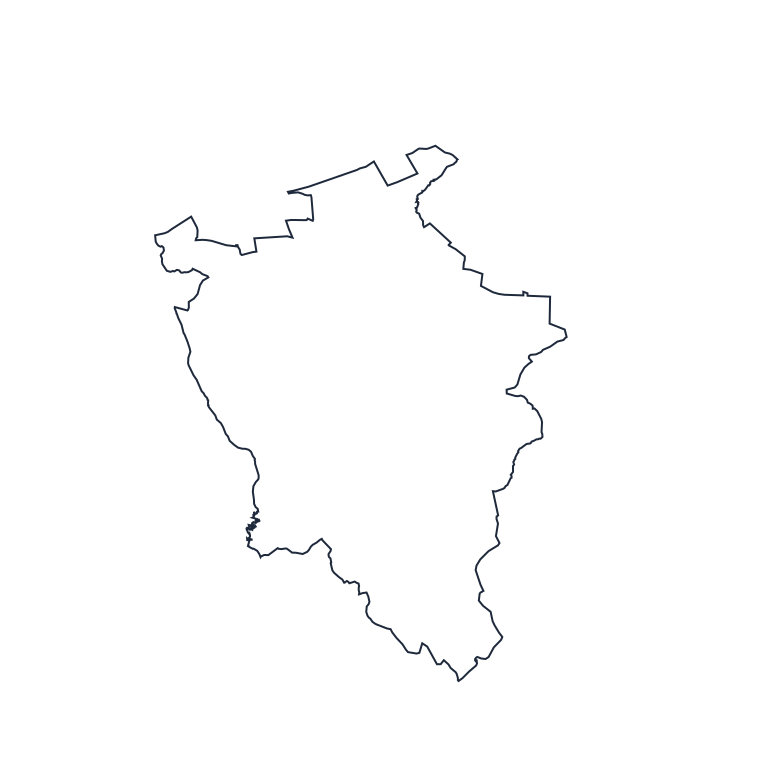 the district of Vintu De Jos, Alba, Romania, rotated 225°
{"feature_id": "2599482B17815307797793", "entity_name": "Vintu De Jos", "entity_type": "district", "adm_level": 2, "iso_a3": "ROU", "parent_name": "Romania", "parent_adm1": "Alba", "projection": "natural_earth1", "projection_center": [23.464, 46.01], "detail": "fine", "context": "isolated", "style": "outline", "palette": "slate", "viewbox_px": 768, "rotation_deg": 225, "n_neighbors": 0, "source": "geoboundaries", "source_scale": "gbopen_adm2", "svg_char_len": 6166}
<svg xmlns="http://www.w3.org/2000/svg" viewBox="0 0 768 768"><g transform="rotate(225 384 384)"><path d="M346.7,549.6L350.7,547.7L348.1,545.2L362.0,532.2L366.6,528.8L371.9,525.9L384.8,521.9L392.2,531.4L403.7,525.9L409.3,521.5L413.5,526.5L414.3,528.4L417.1,531.4L428.7,530.0L436.3,527.8L436.6,528.0L436.7,531.2L465.1,530.0L466.6,523.2L468.7,524.0L471.6,526.8L475.8,527.4L479.6,529.3L482.1,528.3L483.2,528.7L483.4,529.5L484.8,530.8L485.4,530.5L486.1,530.8L485.5,532.2L486.9,535.4L487.5,535.5L487.9,536.6L488.5,536.8L489.2,536.6L489.9,535.6L490.3,537.0L491.6,537.9L491.0,538.8L492.9,539.9L493.6,541.0L493.6,542.5L492.4,546.4L493.4,547.6L492.6,548.0L492.3,550.5L493.2,555.9L492.4,556.5L492.8,558.2L493.8,558.9L494.0,560.8L492.3,562.9L492.2,563.5L493.2,563.7L491.7,565.8L490.9,572.3L493.1,581.9L490.1,588.8L490.3,590.4L490.0,591.8L490.3,593.1L491.1,594.1L490.9,594.8L497.5,594.4L500.4,593.4L504.6,590.8L516.1,588.8L519.0,582.2L520.2,580.2L525.5,575.5L526.0,574.2L527.3,567.3L530.0,561.9L509.2,556.5L517.4,536.0L521.7,526.9L548.5,534.2L550.4,524.8L553.5,519.4L554.5,516.2L576.7,470.4L584.5,456.9L587.8,452.0L586.0,451.4L584.5,453.7L580.3,458.7L576.2,460.9L573.8,461.7L571.3,463.4L569.3,465.8L567.3,464.7L550.4,450.3L549.8,449.0L554.9,447.0L554.6,445.2L554.9,444.8L565.6,434.4L568.8,430.2L560.6,426.2L552.2,422.8L556.9,420.0L578.7,395.3L567.8,387.4L570.1,384.4L575.8,374.6L577.6,374.6L581.1,377.0L584.2,377.7L585.8,378.6L586.6,377.7L585.5,377.1L593.8,370.5L607.2,363.3L611.2,360.3L614.2,357.7L618.8,352.5L619.9,354.3L619.9,355.8L624.4,360.8L627.0,362.4L638.7,366.0L643.6,343.6L644.4,338.7L645.8,335.4L651.0,327.3L646.0,323.2L643.6,322.5L641.4,322.3L639.1,323.1L638.6,324.4L636.5,324.6L633.9,322.7L633.1,319.7L633.4,318.8L632.8,317.0L629.5,315.7L627.8,313.7L625.3,312.0L617.6,310.5L614.4,312.2L613.1,314.7L611.8,315.4L611.2,318.2L609.2,319.5L606.6,319.2L605.4,319.9L604.2,321.9L602.6,323.3L601.4,325.0L600.3,328.6L600.8,330.2L593.0,333.0L590.2,333.2L585.1,335.5L583.6,335.2L585.2,329.1L584.0,323.8L579.4,315.8L578.8,310.0L580.1,304.0L576.1,300.1L575.0,297.9L575.0,297.0L586.3,290.5L585.6,289.6L581.5,287.8L580.5,287.0L580.0,287.1L576.2,285.2L569.2,282.8L561.5,278.2L560.3,278.1L553.4,275.2L547.0,272.0L543.7,269.9L541.0,264.4L537.4,260.3L535.4,259.1L524.9,255.5L519.4,254.5L507.9,250.0L504.7,249.9L502.5,249.1L499.0,249.0L497.6,248.0L496.8,248.2L494.4,245.4L493.0,244.9L493.1,244.4L491.4,243.8L481.1,242.5L477.0,240.6L471.8,241.0L467.4,239.8L460.6,236.8L457.3,236.6L452.9,234.7L447.0,235.0L442.2,235.8L438.5,238.0L436.0,240.3L433.2,241.8L430.2,242.1L425.7,240.3L422.3,239.8L421.7,238.7L420.3,238.0L418.7,236.4L408.2,230.9L406.2,228.9L405.5,227.7L405.3,223.8L404.0,219.3L400.7,215.2L394.0,210.1L391.1,207.4L387.7,206.2L385.0,206.4L382.7,204.8L383.5,203.9L383.4,203.4L382.7,203.1L382.4,203.5L382.6,202.2L383.1,202.2L383.3,201.4L383.1,200.5L385.7,201.7L384.0,200.4L384.0,199.6L383.2,198.9L383.4,198.7L382.0,197.9L382.6,196.4L379.4,198.1L378.9,197.7L378.2,198.7L377.8,198.5L376.6,199.6L375.3,199.1L375.4,198.6L376.3,198.9L377.6,197.3L377.4,196.3L376.3,196.9L376.2,195.8L375.6,195.5L377.1,195.5L376.7,195.1L376.8,194.6L378.6,194.1L379.0,192.8L378.1,191.7L378.9,190.9L375.9,192.2L375.6,192.8L374.1,192.5L374.9,191.4L375.6,191.6L375.3,191.2L376.2,190.3L378.3,189.8L380.0,188.7L379.0,188.2L375.7,189.7L375.4,189.5L375.7,188.3L374.4,189.4L374.6,188.5L374.0,187.7L377.5,186.6L376.6,186.0L379.9,185.3L378.2,184.9L378.5,184.2L377.2,183.6L376.8,183.7L375.9,183.0L374.7,182.7L374.1,182.9L374.0,183.5L372.9,183.0L372.9,182.5L371.7,182.3L370.9,181.4L370.6,180.1L368.6,179.6L367.8,180.5L367.5,180.3L368.5,179.1L369.5,179.4L369.0,178.3L369.8,178.2L370.7,178.7L370.7,178.2L371.7,178.1L370.3,176.9L370.0,177.1L370.4,177.7L370.1,178.0L368.3,177.9L366.0,173.8L365.4,173.8L365.3,173.2L360.4,174.6L359.9,175.3L355.6,176.4L351.9,175.6L348.9,174.3L349.1,175.0L347.8,178.4L344.8,181.2L343.1,192.8L342.1,192.9L339.8,194.7L337.4,198.0L336.2,198.9L329.7,199.8L327.1,202.3L321.3,206.3L319.6,211.1L319.8,213.7L320.7,217.2L320.7,219.9L319.5,224.3L319.1,228.5L318.5,230.5L317.0,230.0L304.7,229.7L303.6,227.9L303.0,224.6L301.6,223.3L300.7,222.8L298.5,222.8L295.0,220.4L295.0,219.6L288.7,215.7L285.8,215.2L279.3,215.6L275.2,216.3L271.7,215.3L271.3,215.8L271.4,216.5L270.9,218.5L269.0,218.9L267.6,218.6L265.0,223.6L262.6,224.1L260.9,224.9L258.5,223.3L258.0,222.2L255.9,220.2L254.3,219.3L252.9,217.6L251.3,221.0L248.9,224.2L244.8,222.6L240.3,219.7L239.2,217.5L238.9,214.5L235.4,210.3L231.9,208.5L229.5,208.1L227.7,208.4L224.2,207.7L220.8,208.2L218.6,209.0L209.1,213.2L205.9,215.3L202.6,214.2L195.9,213.3L186.7,213.0L180.4,211.6L177.4,211.4L170.4,216.4L168.9,218.9L173.6,227.7L167.8,228.9L148.4,223.3L145.8,226.0L146.4,231.0L140.0,231.3L136.1,230.3L129.4,230.9L127.4,230.3L123.8,228.3L122.3,226.8L121.3,226.7L120.5,231.4L120.5,241.0L119.8,250.2L120.7,252.2L123.2,254.2L123.8,253.9L123.3,252.9L124.2,253.0L125.2,254.2L125.3,255.8L125.0,257.0L121.1,258.7L117.7,261.4L117.0,265.0L120.1,275.4L120.3,285.9L121.5,288.8L126.8,289.5L135.0,291.5L139.5,293.1L147.5,298.3L157.1,297.2L163.8,297.9L168.1,303.4L168.3,304.6L167.4,308.0L173.8,310.3L187.6,317.2L190.2,321.1L191.9,328.1L191.9,339.8L189.3,350.5L189.9,353.2L197.3,355.6L204.7,365.9L209.1,368.2L210.7,369.9L210.4,371.8L231.2,385.2L229.0,387.0L225.7,394.0L225.3,395.7L225.8,397.8L225.3,399.8L227.8,406.9L227.5,407.9L229.0,409.3L230.1,409.4L230.6,413.1L234.8,417.2L235.0,419.0L237.4,420.3L237.7,421.7L238.3,422.5L238.1,423.7L239.2,424.8L240.6,429.1L240.6,430.6L241.7,431.3L242.4,434.1L241.8,435.6L240.8,442.4L238.6,445.3L238.5,446.2L238.9,447.6L237.8,450.0L237.1,452.6L235.9,454.0L235.7,455.0L234.6,456.0L234.5,458.6L236.9,460.7L238.6,461.4L245.3,468.8L248.3,470.6L256.5,473.2L260.3,473.1L261.3,471.7L263.2,473.5L264.0,473.8L266.7,473.5L269.2,472.5L271.7,473.9L275.9,474.0L279.2,472.5L280.5,470.3L282.6,468.4L290.5,464.1L293.3,466.7L289.1,473.9L289.3,477.9L294.3,487.2L296.3,494.9L296.0,500.4L295.3,504.4L299.8,504.7L301.1,506.1L301.0,508.2L297.5,512.4L295.7,517.2L295.5,518.5L295.8,520.4L292.9,527.8L291.4,536.6L288.2,542.0L288.4,544.6L288.1,546.4L294.7,550.3L309.6,543.8L328.3,563.2L344.9,547.9L346.7,549.6Z" fill="none" stroke="#1e293b" stroke-width="2"/></g></svg>